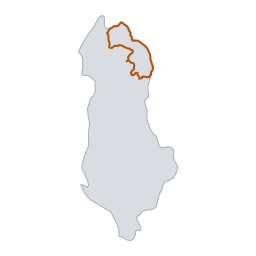 Kukës highlighted on a map of Albania
{"feature_id": "ALB-1502", "entity_name": "Kukës", "entity_type": "County", "adm_level": 1, "iso_a3": "ALB", "parent_name": "Albania", "parent_adm1": "", "projection": "mercator", "projection_center": [20.174, 42.189], "detail": "fine", "context": "in_parent", "style": "outline", "palette": "amber", "viewbox_px": 256, "rotation_deg": 0, "n_neighbors": 0, "source": "natural_earth", "source_scale": "10m", "svg_char_len": 3412}
<svg xmlns="http://www.w3.org/2000/svg" viewBox="0 0 256 256"><path d="M81.9,75.0L82.1,71.2L83.0,65.2L82.5,63.2L83.0,59.7L81.3,55.1L78.4,51.8L81.2,46.0L85.2,38.9L88.9,33.2L93.4,27.4L96.4,21.7L99.6,16.9L102.4,15.4L103.8,16.4L104.5,18.5L104.3,24.8L105.3,27.0L107.2,28.6L111.2,27.8L115.7,26.2L121.8,22.9L122.8,23.1L125.0,24.8L129.7,32.4L132.8,39.1L138.9,41.4L142.3,44.0L146.7,47.9L148.8,51.9L151.8,64.0L152.1,71.3L151.2,74.6L150.5,75.5L147.8,87.3L148.4,93.3L148.4,97.3L146.1,98.9L144.6,101.3L147.1,111.2L146.8,115.3L146.9,120.1L151.3,131.0L154.0,134.4L156.3,136.0L159.3,146.0L161.1,147.7L168.5,146.8L172.0,147.9L173.5,150.2L173.8,151.9L173.3,157.4L175.1,161.7L177.6,166.2L177.6,168.9L175.9,173.3L173.0,178.4L169.1,180.4L164.8,182.0L162.8,186.0L161.7,190.3L159.8,193.4L158.6,196.8L156.8,203.9L156.4,206.4L153.5,209.0L149.0,210.0L145.0,210.2L142.3,211.4L140.9,213.8L138.3,215.8L136.8,216.6L136.8,218.7L138.7,223.2L140.8,226.8L140.8,229.7L139.8,230.5L136.5,230.1L135.8,231.2L135.5,234.4L134.6,237.1L133.2,238.8L130.9,240.6L126.6,240.0L122.6,237.3L120.5,236.4L119.2,236.5L118.9,229.8L117.2,224.5L110.8,211.9L90.0,199.5L85.1,194.0L82.9,189.3L80.8,184.9L82.8,184.8L84.9,185.9L87.5,187.2L88.5,185.0L87.4,180.2L82.1,168.9L81.7,165.8L84.3,156.3L88.7,145.6L88.4,132.6L89.7,122.8L88.2,116.5L87.5,108.6L90.7,98.2L93.5,95.6L95.1,92.3L95.2,81.2L89.1,75.9L81.9,75.0Z" fill="#d9dde1" stroke="#a8b0b8" stroke-width="1"/><path d="M151.3,74.6L149.9,75.5L149.8,76.8L149.3,76.8L148.3,77.1L147.4,77.2L143.9,76.6L142.7,76.6L142.1,76.8L142.1,77.0L142.3,77.2L142.4,77.5L142.2,77.8L141.6,78.2L140.8,78.4L139.4,78.6L139.5,78.1L139.2,77.0L137.6,74.6L137.2,73.1L137.3,72.9L136.2,72.8L135.3,73.1L135.0,73.5L134.7,74.1L134.2,74.6L133.6,74.9L132.6,75.2L132.0,75.1L131.5,74.7L131.4,74.3L131.3,74.0L131.3,73.7L131.3,73.4L131.3,73.2L130.9,72.7L131.6,71.3L131.8,71.1L132.0,70.9L132.3,70.7L132.5,70.4L132.7,70.2L133.8,69.3L133.9,69.0L134.0,68.7L134.0,67.9L134.0,67.3L134.0,66.8L134.2,66.4L134.3,66.0L134.3,65.5L133.8,64.1L133.6,63.6L132.9,63.1L131.2,62.8L129.9,61.6L129.4,60.9L129.0,60.6L128.7,60.6L128.3,60.9L127.9,61.0L127.2,61.1L127.3,60.9L128.1,59.8L128.4,58.8L128.3,58.2L128.0,57.6L128.2,57.0L129.7,54.8L130.1,54.4L130.6,54.0L131.3,53.6L132.3,52.8L132.9,51.6L132.5,50.3L130.8,49.6L130.3,49.4L130.0,49.1L129.8,48.8L129.5,48.5L129.0,48.5L127.7,48.5L121.3,45.4L120.5,45.2L119.2,45.0L118.2,45.9L114.9,45.8L114.5,45.9L114.1,46.2L113.3,47.0L113.0,47.3L112.7,47.4L112.3,47.5L112.1,47.6L111.8,48.0L110.4,47.8L109.6,47.4L109.2,47.1L109.1,46.8L109.3,46.2L109.4,45.6L109.4,45.3L109.4,45.0L109.5,44.8L109.6,44.5L109.6,43.9L109.4,42.8L108.6,40.2L108.4,39.0L108.4,38.1L108.5,37.5L108.4,35.6L108.3,34.9L108.1,34.5L107.2,33.3L107.1,33.1L107.2,32.8L107.8,32.3L108.0,32.0L108.2,31.3L108.3,31.0L108.5,30.7L108.8,30.5L109.0,30.2L109.1,29.9L109.5,29.1L109.9,29.0L112.0,27.7L112.5,27.2L113.9,26.2L116.7,26.3L118.1,25.9L120.2,23.2L121.4,22.3L122.9,23.1L124.0,24.4L126.8,26.0L127.8,27.2L129.4,31.1L129.7,31.5L130.5,32.3L130.8,32.9L130.7,33.5L130.2,34.4L130.1,34.9L130.4,35.4L131.2,36.1L131.6,36.6L131.7,37.2L131.6,38.2L131.7,38.8L132.2,40.0L132.6,40.6L133.3,40.7L137.2,40.6L138.1,40.7L145.1,45.9L146.0,46.9L146.5,47.4L147.5,48.9L149.7,53.5L150.3,55.6L150.4,56.9L150.4,59.4L150.8,60.8L152.6,65.5L152.8,67.0L153.1,68.0L153.1,69.0L152.5,70.4L152.1,71.0L151.6,71.3L151.3,71.7L151.0,72.6L151.0,73.2L151.3,74.1L151.3,74.6Z" fill="none" stroke="#b45309" stroke-width="2"/></svg>